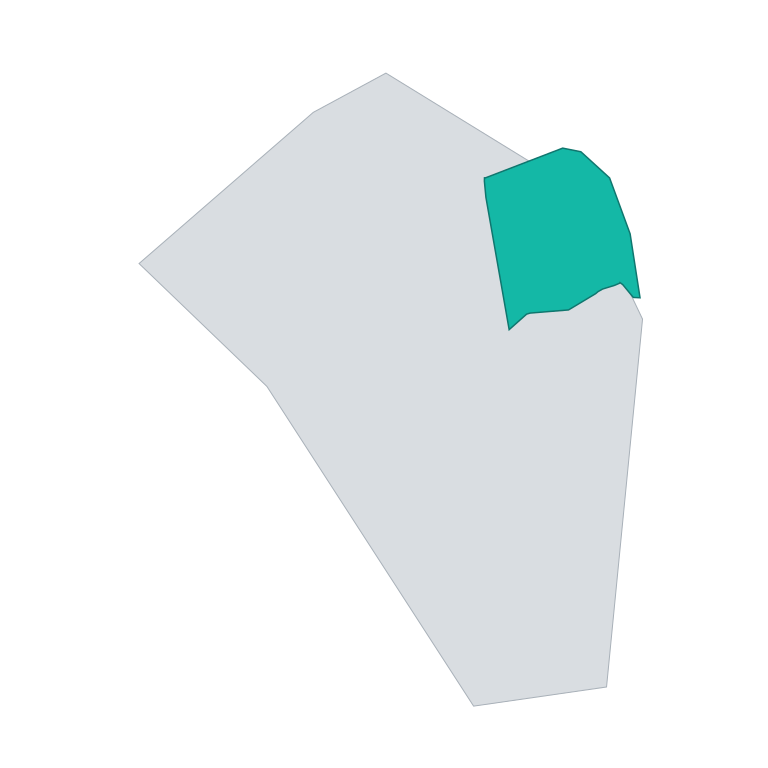 Saint Michael on a map of Barbados (orthographic projection), rotated 187°
{"feature_id": "BRB-1996", "entity_name": "Saint Michael", "entity_type": "Parish", "adm_level": 1, "iso_a3": "BRB", "parent_name": "Barbados", "parent_adm1": "", "projection": "orthographic", "projection_center": [-59.609, 13.123], "detail": "fine", "context": "in_parent", "style": "filled", "palette": "teal", "viewbox_px": 768, "rotation_deg": 187, "n_neighbors": 0, "source": "natural_earth", "source_scale": "10m", "svg_char_len": 604}
<svg xmlns="http://www.w3.org/2000/svg" viewBox="0 0 768 768"><g transform="rotate(187 384 384)"><path d="M487.3,645.0L420.0,692.8L209.4,596.4L135.3,479.9L126.2,110.4L255.8,75.2L499.9,367.3L641.8,473.7L487.3,645.0Z" fill="#d9dde1" stroke="#a8b0b8" stroke-width="1"/><path d="M235.4,639.9L216.9,638.5L185.2,616.0L158.0,563.0L140.4,500.8L147.1,500.3L159.1,511.7L162.1,513.4L162.2,512.9L167.0,510.1L178.6,504.9L182.9,501.7L184.9,499.5L209.9,480.0L247.6,472.2L251.0,470.7L266.4,453.2L305.6,581.7L309.1,597.6L309.4,600.9L308.4,601.0L235.4,639.9Z" fill="#14b8a6" stroke="#0f766e" stroke-width="1.5"/></g></svg>